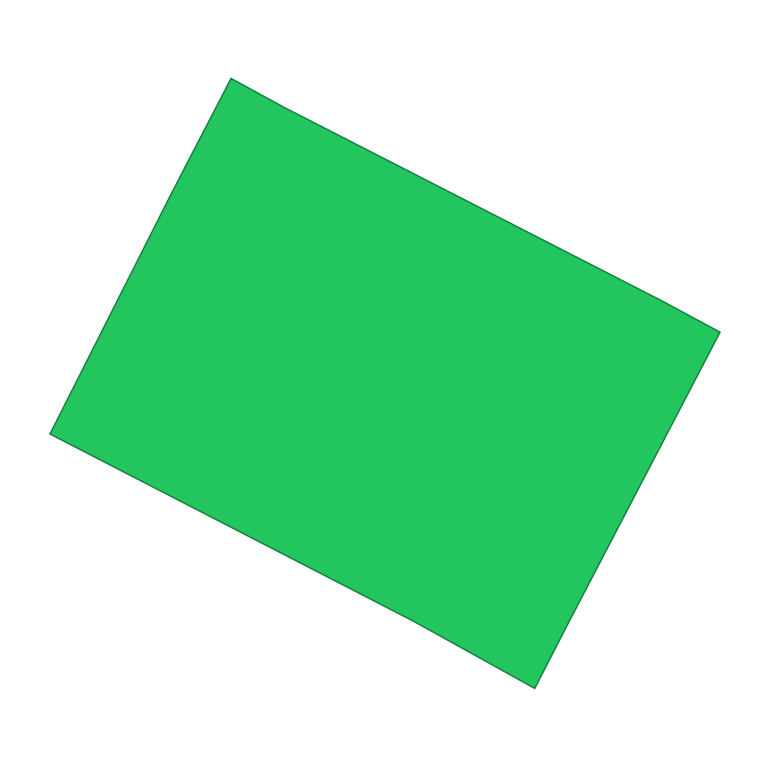 outline of Caldwell, Missouri, United States of America, rotated 207°
{"feature_id": "52423323B90835669534324", "entity_name": "Caldwell", "entity_type": "district", "adm_level": 2, "iso_a3": "USA", "parent_name": "United States of America", "parent_adm1": "Missouri", "projection": "natural_earth1", "projection_center": [-94.016, 39.657], "detail": "fine", "context": "isolated", "style": "filled", "palette": "green", "viewbox_px": 768, "rotation_deg": 207, "n_neighbors": 0, "source": "geoboundaries", "source_scale": "gbopen_adm2", "svg_char_len": 291}
<svg xmlns="http://www.w3.org/2000/svg" viewBox="0 0 768 768"><g transform="rotate(207 384 384)"><path d="M111.5,181.2L111.3,247.3L108.1,582.7L175.6,584.2L598.5,585.1L659.0,586.8L659.9,453.5L658.9,187.8L249.5,186.0L111.5,181.2Z" fill="#22c55e" stroke="#15803d" stroke-width="1.5"/></g></svg>